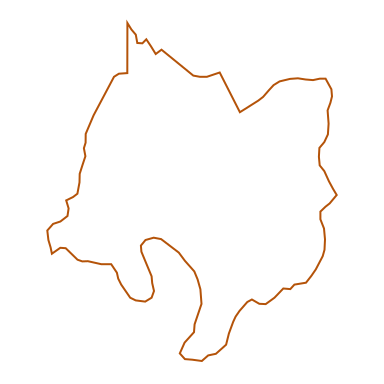 Salto Grande, São Paulo, Brazil
{"feature_id": "56859067B35087059302473", "entity_name": "Salto Grande", "entity_type": "district", "adm_level": 2, "iso_a3": "BRA", "parent_name": "Brazil", "parent_adm1": "São Paulo", "projection": "natural_earth1", "projection_center": [-49.963, -22.873], "detail": "fine", "context": "isolated", "style": "outline", "palette": "amber", "viewbox_px": 384, "rotation_deg": 0, "n_neighbors": 0, "source": "geoboundaries", "source_scale": "gbopen_adm2", "svg_char_len": 1574}
<svg xmlns="http://www.w3.org/2000/svg" viewBox="0 0 384 384"><path d="M51.9,253.7L60.3,247.8L65.7,248.2L77.5,259.7L82.3,261.4L87.9,261.2L101.3,264.2L111.2,264.2L116.9,272.7L118.2,278.6L121.2,284.6L130.2,297.7L135.7,300.4L145.2,301.6L151.6,297.7L154.0,291.0L152.2,283.1L151.6,276.3L144.7,259.7L141.4,251.7L140.9,245.6L145.5,240.0L153.7,237.7L161.1,239.1L178.8,252.6L184.9,260.8L194.3,271.4L197.6,279.4L200.4,289.3L201.5,303.9L194.6,324.3L194.0,332.2L184.6,342.6L179.8,353.4L184.9,359.1L192.3,359.7L201.8,361.0L208.2,355.4L215.9,353.8L226.1,344.7L228.9,333.5L233.2,321.8L235.6,316.6L239.6,310.8L247.3,302.0L251.9,299.5L259.3,303.8L265.7,304.1L274.5,297.7L283.3,288.5L290.3,289.1L294.4,284.6L306.0,282.7L311.4,275.8L315.8,269.4L322.7,256.2L324.5,249.8L325.0,239.4L324.0,228.5L320.4,219.3L320.4,211.6L325.5,206.7L329.7,203.4L336.7,195.0L333.0,188.8L328.9,181.2L324.3,171.1L319.7,165.4L318.9,156.8L319.4,147.9L324.3,142.1L327.9,134.4L328.6,123.7L327.6,110.4L330.4,102.8L332.0,96.4L331.4,89.3L325.6,78.7L319.7,78.7L313.0,80.1L305.7,79.5L297.9,78.3L290.0,78.9L279.6,81.4L273.6,85.1L269.1,90.0L263.1,96.9L258.3,100.6L252.6,104.2L239.9,112.2L219.7,72.5L206.9,76.8L199.9,76.8L193.3,75.6L161.5,49.7L155.7,54.0L150.9,46.2L146.3,39.3L142.4,43.3L137.3,43.0L135.8,34.7L131.4,29.5L127.4,23.0L127.3,73.1L118.9,73.7L114.0,76.8L93.6,115.3L85.7,133.9L85.6,142.7L83.9,148.2L85.4,156.2L82.5,165.0L79.7,173.8L79.5,182.4L77.4,193.7L73.1,197.0L66.2,200.4L68.6,208.4L67.5,216.0L60.4,221.5L53.1,223.9L47.3,230.5L48.4,240.0L50.6,247.4L51.9,253.7Z" fill="none" stroke="#b45309" stroke-width="2"/></svg>